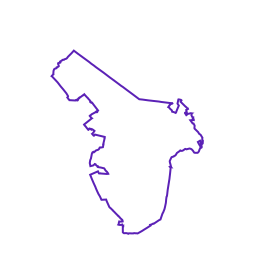 Baneasa, Constanta, Romania, rotated 147°
{"feature_id": "2599482B79766722586515", "entity_name": "Baneasa", "entity_type": "district", "adm_level": 2, "iso_a3": "ROU", "parent_name": "Romania", "parent_adm1": "Constanta", "projection": "mercator", "projection_center": [27.719, 44.045], "detail": "fine", "context": "isolated", "style": "outline", "palette": "violet", "viewbox_px": 256, "rotation_deg": 147, "n_neighbors": 0, "source": "geoboundaries", "source_scale": "gbopen_adm2", "svg_char_len": 5677}
<svg xmlns="http://www.w3.org/2000/svg" viewBox="0 0 256 256"><g transform="rotate(147 128 128)"><path d="M83.1,69.3L82.8,69.3L81.7,69.6L81.1,69.9L80.0,70.8L79.4,71.2L78.1,71.9L77.7,72.5L77.4,72.8L77.3,73.8L77.1,74.0L77.0,74.3L77.3,74.8L77.1,77.4L77.0,78.2L74.3,78.1L74.2,77.7L74.2,77.4L74.3,77.2L74.8,76.4L76.4,72.5L76.5,72.3L77.3,72.1L77.5,72.0L77.9,71.6L77.5,71.6L77.6,71.8L77.3,72.0L76.5,72.2L76.3,72.3L75.4,74.6L74.3,74.2L73.8,74.4L73.4,74.7L72.9,75.8L72.2,76.3L72.1,77.4L72.0,77.9L71.3,78.9L70.9,79.3L70.8,82.7L71.5,84.5L71.4,86.3L72.5,91.2L72.4,91.6L72.3,91.8L70.9,93.6L70.8,93.8L70.6,96.1L71.1,96.4L71.3,96.6L71.3,96.9L71.5,100.5L68.8,99.1L68.5,98.8L68.4,98.9L68.3,99.6L67.9,100.6L68.3,100.9L68.2,101.0L67.5,101.5L68.1,102.3L67.9,104.0L67.0,105.0L67.0,105.4L66.9,105.6L66.6,105.6L67.4,106.3L68.4,106.6L70.1,107.2L71.1,107.3L71.3,107.3L71.3,107.1L71.8,107.0L72.1,107.0L72.1,109.5L71.9,109.7L71.2,109.7L70.9,108.9L70.3,108.8L69.4,111.4L68.8,111.3L68.3,111.4L67.3,111.3L67.2,111.7L67.4,111.8L67.6,112.6L67.7,113.4L68.2,115.0L69.6,121.4L68.1,122.1L68.3,122.8L69.9,124.4L70.2,124.5L73.2,121.5L73.2,119.1L76.5,116.9L78.6,115.4L79.0,115.0L79.8,114.7L81.0,116.5L82.1,117.6L81.7,118.6L81.7,119.0L81.7,119.4L81.8,119.8L82.1,120.4L82.4,122.5L82.6,123.3L82.8,123.6L81.2,124.3L81.0,124.2L80.5,124.4L80.6,124.6L80.4,124.7L79.7,124.8L79.1,124.8L78.0,124.4L77.7,124.4L77.8,124.7L77.6,124.9L79.1,126.0L86.0,131.8L87.6,133.3L95.9,140.1L100.3,143.9L102.9,146.0L105.6,153.4L108.1,160.1L110.1,165.6L110.6,166.6L113.3,174.0L115.8,180.6L118.3,187.6L121.8,196.6L122.4,198.4L122.8,199.5L123.3,200.7L123.8,202.0L124.6,204.5L129.4,217.1L131.3,222.4L134.5,221.5L139.7,220.4L140.6,220.0L141.8,219.7L143.8,220.2L144.1,220.3L144.6,220.1L145.8,220.8L146.1,220.6L148.7,220.7L148.7,220.3L148.8,219.9L149.1,219.7L149.6,219.8L150.8,220.3L151.3,220.4L151.5,220.2L151.8,219.6L151.9,218.9L152.3,217.6L152.5,217.5L153.2,217.4L154.8,217.7L155.1,217.3L155.4,217.1L156.6,217.5L158.0,217.5L159.3,216.5L159.6,216.1L160.2,215.4L160.5,214.9L161.2,214.1L161.2,213.7L161.3,213.6L161.8,213.6L162.5,213.4L163.3,213.3L163.8,213.1L163.7,212.9L163.6,212.6L162.2,204.7L161.8,199.6L161.3,195.8L160.8,190.6L160.9,187.7L161.1,187.1L162.3,186.6L162.2,186.2L162.1,185.0L162.2,184.4L161.8,183.5L161.9,183.2L157.1,179.7L156.4,179.4L156.2,179.8L155.8,179.7L155.5,178.7L155.2,178.6L154.8,178.7L154.5,179.0L154.4,179.5L154.2,179.6L153.0,179.5L152.9,179.9L152.5,179.9L152.5,179.6L152.3,179.6L151.9,180.0L150.6,179.8L147.7,180.0L147.6,179.8L147.4,179.8L146.3,180.1L146.1,178.6L145.6,175.7L145.4,175.2L145.3,173.6L145.1,172.9L145.0,172.2L144.9,170.4L145.3,170.3L145.5,170.3L145.5,170.2L145.0,169.6L145.0,169.4L145.0,169.1L144.3,168.8L144.2,166.6L143.6,159.1L144.8,159.1L144.4,158.6L145.2,158.1L145.4,158.1L145.6,158.2L146.1,158.8L147.5,159.0L151.1,159.3L151.9,159.1L153.2,159.1L153.5,159.0L153.4,157.9L153.3,157.1L153.2,156.3L153.0,155.8L153.3,155.8L161.2,155.0L162.5,154.9L163.0,154.8L162.9,153.3L162.7,152.7L162.6,151.0L162.3,148.1L162.2,148.0L160.8,148.6L160.5,148.5L160.4,148.3L160.1,148.0L159.9,147.6L160.0,147.4L159.7,146.9L159.6,146.5L159.3,146.5L158.9,146.7L158.3,145.6L158.0,144.8L157.7,143.8L160.0,142.9L161.0,142.6L161.3,142.6L161.0,140.4L160.8,140.1L160.4,140.1L159.3,140.5L156.2,137.2L152.4,133.2L153.3,132.2L153.2,132.1L157.7,127.8L157.5,127.6L159.5,125.6L161.2,126.3L161.9,126.9L162.4,127.0L163.4,126.3L163.8,126.2L164.8,126.0L167.0,126.6L167.7,126.5L168.3,126.3L169.0,126.4L169.6,126.2L169.9,126.2L170.1,126.9L170.3,126.9L171.1,126.9L171.3,126.8L172.3,126.1L175.8,122.5L176.7,122.0L177.5,121.3L179.1,119.5L179.2,119.3L180.3,116.5L177.8,115.6L176.0,115.7L175.5,115.9L175.0,115.3L175.1,114.7L175.0,114.3L174.7,113.1L174.3,112.6L174.1,112.3L174.6,111.8L174.5,111.6L172.5,109.8L171.7,109.0L170.8,108.0L170.1,107.4L170.0,107.1L169.9,106.0L170.0,105.0L169.9,104.2L169.5,102.7L169.5,101.8L169.4,100.6L169.5,100.3L170.6,100.9L171.2,101.3L175.1,104.3L175.4,104.5L175.8,105.0L176.3,105.1L177.1,105.8L176.8,108.0L185.2,109.4L186.1,104.8L186.8,100.7L187.5,96.0L187.7,95.3L188.2,92.4L188.7,88.9L188.8,86.0L189.2,83.2L189.4,82.4L189.3,82.2L185.3,79.9L185.8,77.9L185.8,77.7L186.7,71.9L186.6,71.2L186.1,69.7L185.9,68.5L185.8,68.2L185.6,67.7L185.7,67.3L185.6,66.9L185.1,64.7L184.9,63.5L184.6,62.1L184.3,60.6L184.2,59.7L183.9,59.5L183.9,59.4L184.0,59.2L183.6,57.5L183.5,56.2L183.3,55.7L183.1,54.9L182.9,54.1L182.9,53.7L183.1,53.2L183.2,52.7L183.4,52.5L184.1,52.9L185.2,53.5L185.9,54.0L186.3,54.4L187.5,53.3L188.2,52.4L188.7,52.2L188.2,51.6L187.1,50.8L186.1,50.4L185.5,50.2L185.8,49.5L185.9,49.0L185.8,48.4L185.4,48.4L185.8,47.8L186.2,47.7L186.6,47.3L189.1,43.4L189.0,42.7L188.7,42.0L186.6,40.7L185.8,39.9L185.6,39.4L185.3,39.1L184.7,39.2L180.9,36.7L180.7,36.7L180.1,36.5L179.4,35.9L178.4,35.2L177.3,34.3L176.9,34.3L176.6,34.3L175.5,34.2L172.2,34.0L170.0,34.0L166.2,33.9L162.2,33.9L162.1,34.7L161.2,34.4L159.9,34.2L158.8,34.1L158.6,34.0L158.5,33.7L152.2,33.8L150.6,33.6L145.5,37.6L144.7,37.9L141.6,40.1L139.9,41.7L137.1,44.5L135.9,46.0L135.6,46.4L134.9,47.3L133.2,49.3L132.8,49.4L131.7,50.5L128.4,54.5L121.0,62.7L117.6,66.8L113.9,71.4L113.8,71.7L114.0,72.2L114.0,72.3L113.9,72.4L114.0,72.7L113.9,72.7L113.7,72.6L113.1,71.9L113.1,72.0L112.9,72.3L112.7,73.0L112.4,73.8L112.0,75.0L111.8,75.8L111.4,76.8L111.1,77.4L110.8,77.7L109.8,78.3L108.6,79.1L107.3,79.8L105.1,79.2L104.5,79.4L104.2,79.3L103.9,79.2L102.8,79.3L100.6,80.4L98.4,80.5L97.1,80.5L96.4,80.7L96.1,80.1L95.7,79.8L95.5,79.6L95.1,79.4L94.0,79.2L91.9,79.3L91.4,79.3L91.2,79.1L90.9,78.8L90.6,78.3L90.4,78.2L89.4,77.9L87.6,77.3L87.3,77.0L86.7,76.3L86.4,75.8L86.1,75.0L86.0,74.2L85.9,73.6L85.9,71.5L85.8,71.2L85.3,70.7L83.1,69.3Z" fill="none" stroke="#5b21b6" stroke-width="2"/></g></svg>